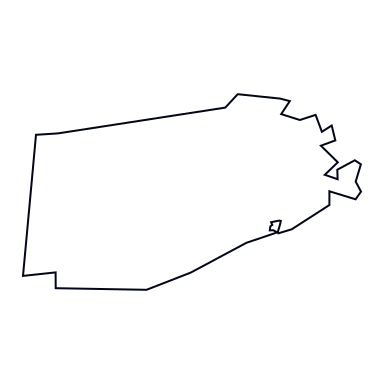 Boyle, Kentucky, United States of America (Robinson projection)
{"feature_id": "52423323B49829499016472", "entity_name": "Boyle", "entity_type": "district", "adm_level": 2, "iso_a3": "USA", "parent_name": "United States of America", "parent_adm1": "Kentucky", "projection": "robinson", "projection_center": [-84.779, 37.625], "detail": "fine", "context": "isolated", "style": "outline", "palette": "ink", "viewbox_px": 384, "rotation_deg": 0, "n_neighbors": 0, "source": "geoboundaries", "source_scale": "gbopen_adm2", "svg_char_len": 657}
<svg xmlns="http://www.w3.org/2000/svg" viewBox="0 0 384 384"><path d="M31.4,185.0L23.0,275.9L55.6,272.4L55.7,288.2L146.5,289.8L190.7,272.6L246.4,242.8L277.2,232.4L273.2,230.2L269.8,230.4L270.3,226.4L272.3,224.9L271.1,222.2L279.1,220.6L280.8,220.9L280.1,224.2L277.7,232.4L278.4,233.3L291.7,229.3L329.4,205.0L329.4,191.3L355.6,199.3L361.0,191.6L355.7,181.6L360.9,164.3L354.8,160.3L337.3,169.7L337.6,179.2L324.8,174.8L337.8,162.3L320.9,145.7L335.3,140.4L331.7,125.5L321.9,131.8L315.6,114.9L299.8,120.0L281.2,114.1L289.8,101.1L280.2,98.6L237.7,94.2L225.3,107.6L57.9,133.4L36.0,134.8L34.6,150.0L31.4,185.0Z" fill="none" stroke="#020617" stroke-width="2"/></svg>